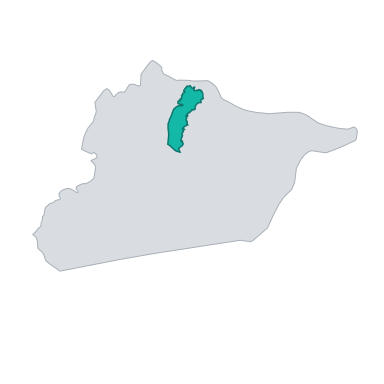 location of Menbij, Aleppo, Syria, rotated 25°
{"feature_id": "27442178B68936835306318", "entity_name": "Menbij", "entity_type": "district", "adm_level": 2, "iso_a3": "SYR", "parent_name": "Syria", "parent_adm1": "Aleppo", "projection": "equal_earth", "projection_center": [38.131, 36.027], "detail": "fine", "context": "in_parent", "style": "filled", "palette": "teal", "viewbox_px": 384, "rotation_deg": 25, "n_neighbors": 0, "source": "geoboundaries", "source_scale": "gbopen_adm2", "svg_char_len": 6313}
<svg xmlns="http://www.w3.org/2000/svg" viewBox="0 0 384 384"><g transform="rotate(25 192 192)"><path d="M71.2,134.3L74.1,134.7L80.2,138.7L81.2,138.5L83.1,133.3L84.9,131.5L88.7,129.9L89.8,121.4L91.6,119.8L93.7,118.9L97.0,118.7L99.9,118.2L100.0,116.7L96.1,106.9L96.5,104.4L98.5,94.6L99.7,90.7L100.9,89.4L105.4,89.9L111.7,91.7L113.3,94.5L116.4,97.0L121.0,96.9L126.4,97.3L130.6,97.5L133.9,95.7L141.4,92.4L145.2,91.3L148.6,89.8L159.4,84.4L163.8,84.9L166.8,85.6L169.1,86.4L174.2,90.1L178.4,93.9L181.4,95.0L186.8,94.9L194.5,95.6L204.0,95.6L209.5,94.5L216.6,92.7L229.1,88.3L245.6,79.0L255.3,74.6L259.5,74.0L265.0,74.0L270.4,75.1L276.7,76.0L279.5,75.9L286.2,75.0L294.9,73.1L300.3,71.6L306.9,69.1L310.9,64.9L312.2,64.5L314.0,65.3L314.8,65.5L316.5,67.9L318.4,74.0L318.4,74.7L318.1,76.4L313.9,81.4L308.1,88.3L304.0,92.6L297.0,99.8L291.8,101.4L282.9,104.0L280.5,106.5L278.3,110.6L277.1,116.3L276.8,119.8L276.6,126.4L278.8,133.2L280.9,139.7L281.2,144.1L281.1,148.4L279.2,152.9L277.1,159.2L276.0,166.3L275.5,179.7L275.6,191.0L275.5,192.9L271.9,200.9L267.7,210.3L265.7,212.5L256.2,215.3L245.9,222.2L234.3,229.9L223.8,236.9L212.8,244.3L201.3,252.0L193.1,257.4L182.1,264.8L172.1,271.8L161.9,278.9L154.2,284.3L142.4,292.9L135.5,297.9L125.3,305.3L116.4,311.8L105.8,319.5L92.5,317.2L88.3,315.9L84.9,312.2L82.4,310.2L76.2,308.2L72.2,301.3L69.8,298.9L65.6,297.8L67.4,293.4L67.8,290.5L69.6,286.9L68.5,284.6L68.0,279.7L67.2,278.4L67.0,277.1L67.6,275.6L67.4,273.9L66.7,273.2L66.4,270.8L65.8,269.0L66.1,266.7L67.0,265.3L68.0,262.5L69.1,261.7L70.9,260.0L71.4,258.2L73.0,256.4L75.1,254.9L75.6,253.8L75.3,253.1L73.2,251.8L72.1,249.5L73.1,246.2L73.8,245.1L75.1,243.5L78.0,241.1L80.2,240.6L82.1,240.6L85.4,240.8L87.9,241.3L88.6,240.7L88.5,239.8L85.4,237.8L85.2,236.2L86.0,234.5L88.2,231.8L90.9,229.8L92.2,229.5L95.3,225.5L97.2,221.0L94.2,210.1L92.3,208.4L89.2,206.9L87.4,206.7L87.3,206.0L89.7,203.2L91.5,200.9L89.6,198.6L86.2,197.5L84.9,199.9L80.6,200.1L73.8,200.0L70.9,188.6L70.5,183.7L70.7,178.0L72.8,169.6L71.9,165.8L71.8,163.2L71.3,159.6L66.1,151.9L69.1,137.8L71.2,134.3Z" fill="#d9dde1" stroke="#a8b0b8" stroke-width="1"/><path d="M140.5,126.2L140.6,126.9L140.7,127.7L140.7,128.6L140.8,129.5L140.8,129.9L141.0,130.7L141.0,131.5L141.0,132.5L141.1,133.2L141.1,134.1L141.0,134.8L140.9,135.1L140.9,135.5L141.0,135.9L141.1,136.3L141.2,136.5L141.3,137.2L141.4,137.6L141.4,137.9L141.4,138.7L141.4,139.4L141.6,140.1L141.6,140.5L142.3,142.0L143.4,144.4L146.4,149.3L147.6,152.3L149.3,157.2L149.8,158.9L150.7,159.0L153.3,159.6L153.9,159.8L158.9,161.4L160.8,161.6L164.3,160.9L161.5,158.4L162.8,155.2L163.3,154.7L163.6,154.1L163.7,152.1L162.4,151.4L162.4,150.7L162.2,150.5L162.1,150.4L162.1,150.5L161.9,150.6L161.8,150.9L160.0,150.1L160.2,149.6L159.5,147.8L159.5,147.6L159.6,147.4L159.7,147.1L159.7,146.9L159.7,146.7L159.7,146.4L159.7,146.2L159.7,145.9L159.7,145.6L159.6,145.4L159.6,145.2L159.5,144.9L159.4,144.7L159.3,144.4L158.4,144.1L158.3,143.8L158.1,143.7L158.6,140.9L157.7,140.6L158.7,138.4L158.0,138.3L157.9,138.5L157.0,138.4L156.9,138.7L156.5,138.5L157.1,137.2L157.3,136.3L158.1,135.0L159.1,133.8L159.8,133.0L159.4,132.6L159.2,132.7L158.9,132.5L158.7,132.5L158.4,132.5L158.3,132.3L158.3,131.8L158.4,131.6L158.3,131.3L158.3,131.2L158.2,131.1L158.0,130.7L157.9,130.4L157.7,130.3L157.7,130.2L157.4,130.2L157.2,130.2L157.1,129.9L157.0,129.7L156.9,129.7L156.7,129.5L156.4,129.5L156.2,129.4L156.0,129.2L155.9,129.0L155.8,128.0L156.0,127.8L156.1,127.5L155.9,127.1L155.4,126.6L155.4,126.4L155.1,126.3L155.0,126.2L154.8,126.1L154.7,126.1L154.5,125.9L154.4,125.8L154.4,125.7L154.3,125.4L154.4,125.2L154.5,125.1L154.8,125.2L155.2,125.6L155.3,125.6L155.5,125.6L155.9,125.0L156.0,124.9L155.5,124.4L155.2,124.1L155.2,123.8L155.0,123.3L155.0,123.2L154.9,123.2L155.0,123.1L155.2,122.7L155.1,122.4L155.4,121.3L156.1,121.2L156.3,121.1L156.4,120.5L156.5,119.5L157.2,118.8L157.4,118.4L157.2,118.1L157.3,118.0L157.2,117.4L157.3,117.2L157.5,117.1L158.3,117.0L158.5,116.9L158.7,116.7L158.8,116.7L159.0,116.6L159.2,116.4L159.3,116.4L159.5,116.3L159.7,115.6L159.7,115.0L159.5,114.6L158.9,113.8L158.8,113.2L158.9,112.2L158.9,111.1L159.2,110.2L159.7,109.2L160.4,108.2L160.9,107.9L162.0,107.4L162.2,107.2L162.3,107.1L162.3,106.9L162.2,106.8L162.2,106.7L162.1,106.4L161.9,106.2L161.7,105.9L161.5,105.7L161.4,105.6L161.2,105.4L161.2,105.2L161.1,104.9L161.1,104.7L161.2,104.4L161.2,104.2L161.3,104.1L161.4,103.9L161.5,103.8L161.6,103.7L161.8,103.5L162.0,103.5L162.1,103.4L162.3,103.3L162.3,103.2L162.5,103.1L162.6,102.9L162.6,102.7L162.6,102.4L162.6,102.2L162.3,101.9L162.1,101.7L161.8,101.3L161.6,101.1L161.5,100.9L161.4,100.7L161.2,100.4L161.2,100.2L161.0,99.8L160.9,99.6L160.7,99.1L160.6,98.9L160.5,98.7L160.4,98.6L160.3,98.4L160.1,98.2L158.7,96.9L158.3,96.5L158.0,96.4L157.9,96.9L157.2,96.6L157.1,96.3L156.8,96.0L156.2,96.2L155.9,96.2L155.6,96.1L155.2,96.7L154.8,96.8L154.5,96.7L154.4,96.9L154.4,97.3L154.3,97.5L153.5,97.9L152.9,98.2L152.5,98.6L151.9,98.9L151.6,98.9L151.4,99.0L151.2,99.2L150.8,99.0L150.8,98.9L150.7,98.6L150.6,98.3L150.2,98.3L150.2,97.8L150.2,97.5L150.2,97.1L150.2,96.8L150.2,96.5L150.2,96.2L150.0,95.9L149.9,96.0L149.3,96.3L149.2,96.8L149.0,97.2L148.6,97.7L148.3,97.7L148.1,97.8L147.7,97.8L147.3,97.7L146.8,97.2L146.3,96.9L145.9,96.7L145.4,96.5L144.9,96.6L144.8,96.9L144.6,97.2L144.4,97.7L144.2,98.0L143.8,98.2L143.3,98.0L143.0,98.0L142.8,98.2L142.7,98.4L142.5,98.5L142.5,99.1L142.5,99.7L142.2,100.3L142.1,100.6L141.9,101.9L141.8,102.7L141.7,103.0L141.7,103.6L141.9,104.0L142.0,104.1L142.1,104.3L142.4,104.3L142.6,104.3L142.9,104.2L143.1,104.1L143.2,104.4L143.1,104.8L143.0,105.0L142.9,105.5L142.4,106.0L142.1,106.3L141.9,106.6L142.0,106.8L142.1,107.2L142.3,107.4L142.3,107.7L142.3,107.9L142.0,108.5L141.8,108.7L141.8,109.2L142.0,109.3L142.2,109.5L142.5,109.9L142.6,110.7L142.6,111.1L143.0,111.4L143.1,111.6L143.1,112.0L142.8,112.5L142.6,112.6L142.1,112.6L141.8,113.1L142.0,113.5L142.3,113.7L142.7,114.3L142.7,114.6L142.2,114.8L141.4,115.0L141.2,115.3L141.2,116.4L141.5,117.2L141.9,117.5L142.1,117.7L142.5,117.7L143.2,117.7L144.0,117.5L144.8,117.5L145.3,117.0L145.7,116.7L146.3,116.7L146.7,116.9L147.0,117.1L146.7,117.8L145.7,118.5L144.5,119.0L143.1,119.8L142.9,119.9L142.8,120.1L142.7,120.2L142.5,120.4L142.4,120.6L142.3,120.8L141.5,122.2L141.2,123.0L140.6,124.2L140.5,125.7L140.5,126.2Z" fill="#14b8a6" stroke="#0f766e" stroke-width="1.5"/></g></svg>